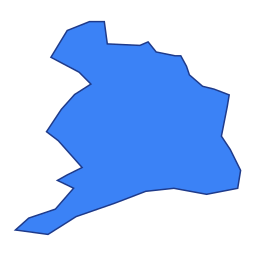 the district of Agios Dometios, Cyprus
{"feature_id": "46923920B17515684625849", "entity_name": "Agios Dometios", "entity_type": "district", "adm_level": 2, "iso_a3": "CYP", "parent_name": "Cyprus", "parent_adm1": "", "projection": "mercator", "projection_center": [33.316, 35.179], "detail": "fine", "context": "isolated", "style": "filled", "palette": "blue", "viewbox_px": 256, "rotation_deg": 0, "n_neighbors": 0, "source": "geoboundaries", "source_scale": "gbopen_adm2", "svg_char_len": 574}
<svg xmlns="http://www.w3.org/2000/svg" viewBox="0 0 256 256"><path d="M50.9,57.3L79.1,72.2L90.9,84.1L74.6,94.5L61.3,109.4L46.5,131.7L58.3,140.7L82.1,167.5L67.2,174.9L57.4,180.4L73.6,188.2L55.4,209.1L28.7,218.1L15.4,230.0L48.0,234.4L76.1,216.6L114.7,203.2L145.8,191.3L173.9,188.3L206.6,194.3L237.7,188.3L240.6,170.4L230.3,149.6L221.4,136.2L227.3,106.3L229.2,94.9L214.0,89.1L202.6,86.3L189.4,74.9L186.5,66.3L180.8,55.8L175.1,55.8L156.2,52.0L148.1,41.9L139.9,45.4L107.3,43.9L104.3,21.6L89.5,21.6L67.2,30.5L50.9,57.3Z" fill="#3b82f6" stroke="#1e3a8a" stroke-width="1.5"/></svg>